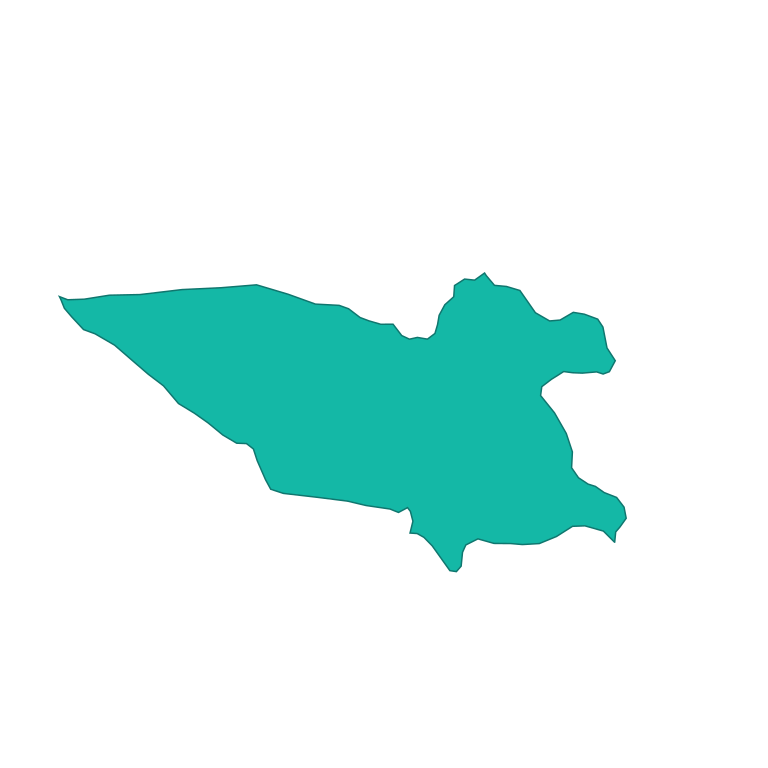 outline of Hudiksvall, Gävleborg, Sweden, rotated 323°
{"feature_id": "70781695B16992576360669", "entity_name": "Hudiksvall", "entity_type": "district", "adm_level": 2, "iso_a3": "SWE", "parent_name": "Sweden", "parent_adm1": "Gävleborg", "projection": "albers", "projection_center": [16.842, 61.831], "detail": "fine", "context": "isolated", "style": "filled", "palette": "teal", "viewbox_px": 768, "rotation_deg": 323, "n_neighbors": 0, "source": "geoboundaries", "source_scale": "gbopen_adm2", "svg_char_len": 1563}
<svg xmlns="http://www.w3.org/2000/svg" viewBox="0 0 768 768"><g transform="rotate(323 384 384)"><path d="M177.4,118.9L176.9,121.6L174.3,131.2L175.0,142.5L176.8,159.7L183.5,170.1L192.2,190.8L197.9,217.3L201.6,234.3L206.8,252.8L208.1,275.9L214.9,293.0L220.1,309.2L224.6,327.8L230.7,342.6L238.3,348.8L240.6,357.3L236.6,368.9L231.8,389.1L230.2,399.9L237.8,410.8L262.5,434.3L284.2,455.4L296.6,470.3L313.6,487.5L316.2,491.9L318.3,495.3L328.4,496.9L328.4,501.6L324.5,511.0L315.1,518.7L320.5,523.4L323.6,530.5L325.1,542.2L324.3,572.7L328.9,577.4L336.0,575.9L345.4,565.7L349.7,563.3L352.5,561.8L365.8,564.2L375.9,577.5L389.2,587.7L397.9,595.5L412.0,604.9L430.0,609.6L448.9,611.1L459.1,618.2L470.7,633.5L472.9,649.0L473.1,649.1L480.0,641.6L486.4,640.2L496.6,637.0L501.6,626.8L501.5,614.6L494.5,603.2L491.2,593.0L486.7,586.7L482.9,575.9L483.4,563.8L493.6,551.6L499.8,533.2L502.8,509.7L502.1,487.5L508.4,481.1L520.4,481.0L535.0,482.2L541.4,488.5L549.0,494.7L561.1,502.3L565.0,507.9L571.4,509.8L582.7,504.6L583.8,489.4L593.1,470.3L593.7,460.8L586.0,448.8L578.3,440.7L563.1,438.9L554.2,433.3L547.8,418.2L548.8,391.1L540.5,379.8L531.6,371.7L530.9,359.1L531.1,355.9L518.9,355.6L511.5,348.7L499.6,347.8L492.2,356.3L480.3,357.3L469.4,362.3L462.5,368.8L455.1,374.3L445.7,374.3L438.7,366.9L431.3,363.5L427.3,356.0L427.2,341.7L417.3,334.3L409.9,324.4L404.9,316.5L401.0,302.6L395.5,294.2L377.3,278.9L361.5,254.7L341.9,228.1L311.4,208.8L279.6,187.1L242.9,165.7L218.1,147.8L195.7,135.9L182.1,126.4L177.4,118.9L177.4,118.9Z" fill="#14b8a6" stroke="#0f766e" stroke-width="1.5"/></g></svg>